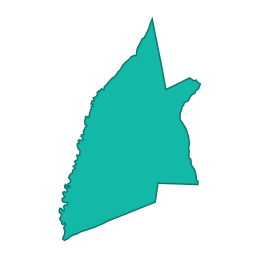 the district of Igarapé-Açu, Pará, Brazil, rotated 175°
{"feature_id": "56859067B39490395816756", "entity_name": "Igarapé-Açu", "entity_type": "district", "adm_level": 2, "iso_a3": "BRA", "parent_name": "Brazil", "parent_adm1": "Pará", "projection": "natural_earth1", "projection_center": [-47.522, -1.175], "detail": "fine", "context": "isolated", "style": "filled", "palette": "teal", "viewbox_px": 256, "rotation_deg": 175, "n_neighbors": 0, "source": "geoboundaries", "source_scale": "gbopen_adm2", "svg_char_len": 2821}
<svg xmlns="http://www.w3.org/2000/svg" viewBox="0 0 256 256"><g transform="rotate(175 128 128)"><path d="M202.7,23.0L201.1,21.6L198.1,22.7L195.3,24.7L192.2,26.1L189.7,26.6L187.0,27.4L185.0,28.4L182.9,29.0L180.9,29.5L177.9,30.1L175.2,30.9L173.2,31.2L170.1,32.1L160.8,35.1L157.3,36.8L142.4,41.2L129.6,45.1L107.3,51.9L103.0,70.4L80.7,67.7L63.2,65.6L63.0,68.9L64.2,69.9L64.7,78.3L65.8,81.5L66.9,83.2L68.4,86.4L68.1,88.6L68.2,91.5L69.6,92.7L70.1,94.2L69.7,95.7L69.0,100.3L69.4,102.9L68.7,105.4L68.1,107.1L68.3,110.3L68.4,113.5L70.0,120.9L71.2,124.4L72.3,126.1L73.8,129.2L74.9,130.7L75.5,132.7L75.1,135.9L74.4,138.8L73.3,140.9L72.8,143.1L72.0,144.5L70.7,145.8L69.8,148.0L65.3,150.1L63.4,153.7L60.8,155.9L58.2,156.8L57.5,159.0L55.5,160.1L54.0,161.5L53.4,163.0L52.1,165.5L54.4,167.2L56.2,169.9L58.1,169.1L62.1,172.5L83.4,164.3L86.9,163.0L87.9,173.5L89.1,186.1L89.4,189.2L91.7,209.4L94.4,234.4L95.8,231.8L97.2,228.8L98.5,225.6L99.9,222.8L101.4,221.0L102.1,219.2L103.0,218.1L103.7,216.6L105.6,216.0L107.7,212.9L108.9,211.1L110.0,209.1L111.5,207.0L112.5,204.3L113.1,201.0L113.6,199.5L115.9,199.7L118.8,198.5L120.1,196.9L121.6,195.8L124.9,193.5L128.0,190.8L129.9,187.7L131.6,185.7L132.9,185.1L134.4,182.8L137.3,179.9L139.3,179.1L140.5,178.0L141.6,177.1L142.6,176.0L144.1,174.8L145.2,173.3L146.3,172.5L148.1,170.9L148.6,168.2L151.0,169.3L152.4,168.2L153.1,166.5L154.2,167.4L155.7,165.9L155.5,163.8L157.7,161.7L159.9,161.1L159.6,159.6L159.6,158.0L161.4,158.1L162.8,155.1L161.1,154.7L161.1,153.0L162.6,152.8L162.7,150.7L163.6,149.3L164.3,147.4L165.0,145.8L165.5,144.3L165.8,142.7L166.8,141.6L167.6,142.9L169.2,143.1L169.6,141.5L170.1,139.9L170.7,136.4L170.2,134.8L168.7,134.1L169.6,132.9L170.8,132.0L171.6,130.3L172.6,129.0L172.8,127.5L172.2,125.9L173.4,125.2L174.8,125.3L175.5,123.8L174.3,122.2L173.7,120.6L175.5,119.5L177.2,120.4L178.6,120.0L178.2,116.9L179.7,116.9L180.1,115.2L179.4,111.9L178.5,110.7L177.7,109.0L178.2,107.1L178.3,105.5L179.7,104.9L181.2,105.5L181.2,103.8L180.7,102.2L181.5,100.4L182.9,100.2L184.1,99.3L183.2,97.3L183.0,95.9L184.5,95.4L185.9,94.6L183.9,92.4L186.1,91.2L187.0,89.9L187.3,88.3L188.6,87.5L190.0,86.4L191.5,83.4L190.5,82.3L189.7,81.0L190.3,79.0L191.3,78.1L192.7,77.5L192.4,76.0L191.1,74.6L192.2,73.6L193.3,74.5L194.0,76.0L195.0,77.2L196.2,75.9L196.2,74.3L194.2,72.0L194.0,70.2L195.5,69.2L196.9,70.2L198.5,69.5L198.5,67.9L197.8,66.5L196.9,65.1L198.3,63.9L199.7,63.4L199.9,61.6L199.3,60.1L198.0,59.4L196.2,59.3L194.6,58.9L195.0,57.4L196.2,56.5L197.9,56.6L198.9,55.5L198.5,51.5L199.7,50.9L201.5,53.7L202.9,53.9L203.6,52.3L203.8,50.5L203.0,49.1L201.7,48.3L202.1,46.2L203.0,44.9L203.9,43.8L203.5,42.0L202.1,40.9L202.5,39.3L201.7,37.6L200.2,37.9L199.2,38.9L198.5,36.8L200.1,35.7L200.7,33.2L199.7,32.0L200.1,29.2L200.8,26.9L201.8,25.5L202.7,23.0Z" fill="#14b8a6" stroke="#0f766e" stroke-width="1.5"/></g></svg>